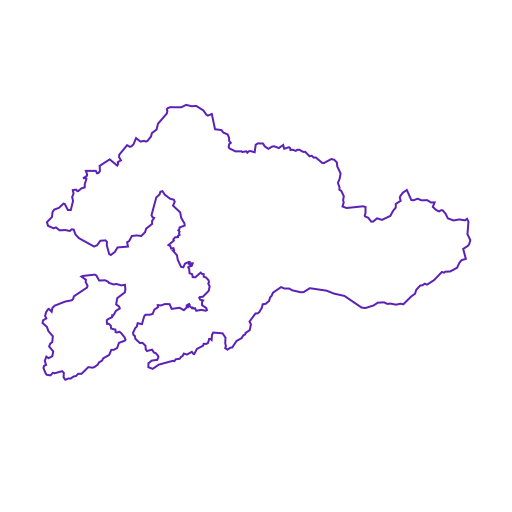 Cao Loc, Lạng Sơn, Vietnam (orthographic projection), rotated 6°
{"feature_id": "81297802B94679881937971", "entity_name": "Cao Loc", "entity_type": "district", "adm_level": 2, "iso_a3": "VNM", "parent_name": "Vietnam", "parent_adm1": "Lạng Sơn", "projection": "orthographic", "projection_center": [106.799, 21.875], "detail": "fine", "context": "isolated", "style": "outline", "palette": "violet", "viewbox_px": 512, "rotation_deg": 6, "n_neighbors": 0, "source": "geoboundaries", "source_scale": "gbopen_adm2", "svg_char_len": 6071}
<svg xmlns="http://www.w3.org/2000/svg" viewBox="0 0 512 512"><g transform="rotate(6 256 256)"><path d="M429.1,266.6L435.5,261.5L442.5,252.5L444.7,252.9L446.0,251.8L450.7,251.1L457.2,246.7L459.0,241.5L460.8,238.7L465.0,236.9L461.3,227.3L465.6,223.8L466.7,222.2L467.5,217.8L464.0,212.2L463.7,199.7L462.0,197.0L460.1,198.7L454.4,198.4L448.7,200.0L442.9,198.5L440.0,194.0L437.0,191.2L435.6,191.0L433.4,192.5L430.5,191.5L426.7,188.7L428.0,184.0L424.4,184.5L420.6,182.6L414.6,183.3L410.8,182.1L406.9,184.1L404.6,184.1L399.1,174.6L395.5,177.6L393.3,181.3L392.9,182.8L394.1,186.0L389.6,189.6L389.9,193.3L387.7,196.5L385.4,202.1L377.5,206.9L372.4,205.9L368.9,209.5L367.0,209.8L363.7,206.3L360.3,205.2L359.9,204.5L360.4,201.7L359.8,195.8L357.2,195.4L341.1,198.8L336.9,197.7L337.6,193.6L336.8,191.3L337.1,187.4L334.0,182.3L332.0,181.4L331.9,179.1L329.8,174.7L331.1,170.4L331.5,165.1L327.4,158.3L326.7,154.6L323.8,152.1L320.8,151.7L313.6,156.6L312.0,156.4L305.2,151.8L303.1,152.1L301.0,150.5L298.8,151.2L294.1,147.3L291.9,147.5L288.0,145.8L285.9,146.1L284.6,147.3L281.5,146.5L279.2,147.0L278.8,145.3L277.3,144.4L272.8,146.4L271.4,142.8L267.4,146.3L262.9,145.0L260.8,145.4L257.1,148.1L253.3,146.1L251.2,143.4L246.1,143.8L244.1,145.4L243.8,153.0L239.6,152.2L237.7,152.7L236.6,154.2L235.4,152.9L231.6,154.0L230.5,153.4L224.6,154.1L218.2,151.7L217.4,150.4L217.6,147.7L219.1,146.1L217.2,144.2L216.9,141.3L215.1,138.1L210.5,136.6L208.5,134.4L202.0,134.2L197.2,119.4L193.5,121.4L192.0,120.8L188.4,116.7L180.9,113.0L176.3,113.8L170.8,113.0L166.1,115.9L155.1,117.0L152.9,118.1L152.0,119.2L152.7,121.2L152.4,123.6L144.7,134.7L143.9,140.6L139.6,144.7L139.1,148.1L136.1,152.8L134.7,153.7L132.7,153.2L129.2,154.3L124.4,151.3L122.5,157.7L120.6,160.0L119.1,160.6L116.2,159.3L109.4,169.6L109.5,172.0L111.7,175.0L108.7,177.1L109.3,178.9L108.5,180.6L100.4,175.2L91.1,182.7L91.9,187.8L90.7,189.9L89.3,190.4L87.8,188.1L77.9,189.1L79.5,192.5L79.5,193.9L75.9,196.8L78.5,196.2L79.3,196.9L78.2,202.6L78.5,205.7L75.3,207.0L72.4,210.0L71.6,210.2L70.2,208.8L66.9,209.6L68.0,213.1L67.0,216.6L68.3,220.3L67.0,229.6L64.1,229.9L60.4,224.3L59.1,224.0L55.0,228.7L50.4,231.0L49.1,233.5L49.0,238.5L44.5,244.3L46.1,247.8L51.9,249.6L54.0,248.5L58.0,251.0L63.8,250.1L68.2,250.6L70.0,248.7L71.9,248.8L74.3,253.6L78.1,256.8L93.9,263.5L96.8,262.0L99.6,257.1L104.7,256.2L106.3,257.6L106.5,261.0L109.8,269.4L111.5,270.2L115.2,266.7L117.4,262.0L127.7,260.0L126.4,255.8L128.3,254.4L130.4,249.1L135.3,248.0L139.8,248.1L143.1,244.0L144.0,240.2L149.3,235.0L149.0,231.9L150.7,228.8L149.0,228.2L147.8,226.4L150.7,208.2L153.7,204.8L154.2,202.1L156.2,201.3L158.8,204.5L164.5,208.0L168.4,208.6L169.5,210.6L168.2,214.6L176.0,220.5L177.7,226.0L181.4,231.0L181.9,233.2L177.0,235.6L176.9,237.7L176.1,238.6L177.4,239.7L177.1,241.6L177.8,243.0L176.4,244.0L176.5,245.4L173.7,245.8L172.1,248.0L172.7,249.2L167.8,254.3L169.7,255.0L170.8,257.4L173.1,256.8L173.9,258.9L172.8,259.3L177.3,263.5L178.6,268.0L182.6,274.6L184.9,274.8L186.2,271.0L189.7,269.0L190.6,269.0L190.2,270.6L192.4,270.1L191.4,271.7L191.8,272.3L193.5,271.1L193.1,272.6L190.0,273.7L189.8,274.4L190.9,275.9L191.7,280.0L194.5,280.9L195.2,283.6L197.9,283.5L202.7,278.3L204.1,279.4L205.8,279.5L206.2,282.1L208.5,282.6L211.3,285.0L212.0,287.0L211.4,288.4L213.1,291.1L212.6,295.6L207.4,302.1L204.2,302.8L203.9,303.6L205.1,305.3L208.0,305.7L207.1,307.5L207.5,310.6L211.8,312.8L212.9,314.9L211.8,315.7L207.2,315.3L202.3,316.7L200.8,314.3L199.9,314.8L198.5,313.9L197.9,314.7L195.3,312.6L194.2,313.6L193.9,312.1L194.9,311.2L194.5,310.7L192.3,312.3L192.3,314.6L189.9,317.4L185.4,315.5L177.6,317.4L175.1,312.9L170.4,313.3L166.7,315.1L163.4,315.1L163.9,317.1L160.5,320.0L159.3,324.3L156.7,325.5L152.2,326.0L151.1,327.7L149.7,335.7L145.3,335.2L144.9,338.5L143.4,340.4L141.7,345.3L142.6,347.6L143.8,348.1L144.7,351.0L149.6,354.7L152.2,354.2L155.5,356.9L156.1,360.4L157.5,361.9L162.4,360.0L164.5,362.6L166.4,363.1L169.0,365.4L169.5,366.6L168.7,369.6L163.3,370.9L160.2,373.9L160.6,377.9L165.1,379.0L170.7,374.2L184.3,368.9L185.8,369.1L187.0,367.1L190.8,366.2L192.0,364.1L193.3,363.4L194.4,360.6L197.7,361.2L202.2,358.0L203.8,359.8L204.8,360.0L207.0,354.6L212.8,350.7L213.1,348.8L215.9,348.6L217.4,347.4L218.1,343.4L219.4,343.2L220.6,344.1L220.5,339.0L221.4,336.6L230.8,336.4L234.2,340.4L234.5,345.9L235.5,348.9L235.0,350.8L237.5,352.1L240.1,349.8L241.9,349.5L245.5,342.6L250.3,339.1L251.7,336.2L253.5,335.1L253.7,333.6L257.5,330.4L258.1,324.5L256.4,321.9L261.5,313.2L263.6,312.9L265.1,311.5L267.3,306.7L267.7,303.3L270.7,302.5L273.7,299.3L274.4,295.6L275.7,294.0L276.7,290.7L284.2,284.3L287.7,285.4L292.3,284.9L295.5,286.3L304.3,287.4L307.2,286.9L312.9,282.4L329.9,283.1L337.2,285.2L348.2,286.5L366.5,296.3L370.3,296.3L378.1,292.9L382.0,289.7L388.3,288.7L391.4,289.9L395.1,289.3L400.2,289.8L404.5,288.4L407.6,288.6L414.5,280.1L418.1,276.9L418.9,272.9L422.4,268.2L424.5,267.8L426.7,265.9L429.1,266.6ZM128.7,298.4L125.0,299.3L120.1,298.4L117.3,299.2L112.3,298.0L111.9,297.2L108.4,295.9L102.6,296.8L99.2,292.0L97.5,291.4L86.0,293.9L84.5,294.7L89.3,297.4L89.3,299.7L91.6,303.2L91.2,305.1L79.1,315.1L78.7,317.7L77.5,319.3L71.1,321.2L61.2,326.3L59.0,328.7L58.6,332.8L55.5,330.2L54.9,330.6L53.2,333.5L52.5,337.6L54.0,340.0L51.0,342.2L50.7,344.9L55.5,348.4L57.4,352.4L62.3,357.0L62.4,362.9L60.5,364.7L59.7,367.6L64.3,372.1L63.9,377.0L60.4,379.3L58.0,378.0L56.9,382.4L58.6,386.3L56.7,387.3L56.3,389.6L59.3,395.1L60.3,396.0L64.0,396.2L66.2,393.4L68.0,393.7L75.2,390.8L77.1,392.3L77.3,396.7L79.3,399.0L82.6,397.3L84.5,397.3L87.0,395.0L89.5,394.2L91.5,391.7L94.8,391.4L100.8,384.1L105.4,384.1L107.1,383.2L110.0,380.6L110.9,378.3L113.8,376.1L114.8,373.7L120.3,369.8L121.9,364.5L124.3,364.2L127.5,362.0L128.8,356.7L134.3,354.0L135.0,352.9L133.8,350.6L130.2,347.0L128.2,345.6L125.4,346.7L124.3,346.3L123.9,343.9L119.6,343.3L118.8,340.4L116.7,338.8L115.0,339.1L114.4,336.6L114.4,335.4L115.4,334.3L119.2,331.9L119.2,330.0L120.1,330.1L120.8,329.0L122.4,325.2L126.0,322.4L125.1,320.5L122.0,318.8L122.3,313.4L122.6,312.2L129.3,306.0L129.6,303.0L128.7,298.4Z" fill="none" stroke="#5b21b6" stroke-width="2"/></g></svg>